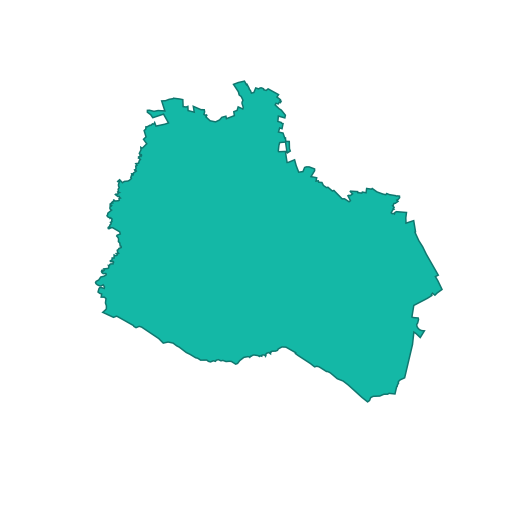 outline of Puerto Escondido, Córdoba, Colombia, rotated 249°
{"feature_id": "7082276B3276683190429", "entity_name": "Puerto Escondido", "entity_type": "district", "adm_level": 2, "iso_a3": "COL", "parent_name": "Colombia", "parent_adm1": "Córdoba", "projection": "mercator", "projection_center": [-76.165, 8.994], "detail": "fine", "context": "isolated", "style": "filled", "palette": "teal", "viewbox_px": 512, "rotation_deg": 249, "n_neighbors": 0, "source": "geoboundaries", "source_scale": "gbopen_adm2", "svg_char_len": 6136}
<svg xmlns="http://www.w3.org/2000/svg" viewBox="0 0 512 512"><g transform="rotate(249 256 256)"><path d="M398.6,334.9L407.7,327.2L406.9,324.8L408.5,322.8L409.4,323.0L411.0,321.4L411.4,320.1L411.1,318.3L413.0,316.0L409.4,312.6L409.7,310.1L412.6,310.1L414.0,309.5L414.9,309.7L419.0,309.2L419.0,308.7L419.8,308.9L419.8,308.4L423.4,307.9L424.3,301.6L424.3,296.5L415.6,298.4L412.4,298.0L410.3,299.3L407.2,299.6L405.9,299.5L404.6,298.1L403.3,297.6L399.4,297.4L398.0,296.3L401.6,292.8L398.7,290.5L398.7,287.0L394.8,286.1L394.8,277.6L397.3,278.0L397.7,273.8L396.1,270.8L395.7,266.3L398.7,261.6L403.8,259.1L405.0,260.5L405.6,260.1L405.2,259.5L406.8,258.1L409.0,259.7L411.1,260.1L412.3,257.1L418.2,251.1L412.4,249.9L416.1,244.7L420.1,246.0L420.1,244.2L421.6,241.5L428.2,243.7L430.0,240.9L432.9,235.5L432.6,235.0L433.4,231.1L433.4,227.1L434.6,223.5L424.1,222.9L426.9,216.7L427.6,212.6L430.3,208.7L430.9,206.8L429.2,206.1L425.7,208.3L422.1,209.2L421.6,220.5L411.6,222.0L411.7,218.3L413.1,209.2L416.9,209.2L416.0,208.2L415.9,207.6L416.5,206.7L415.6,204.7L416.1,204.0L415.6,200.5L416.1,199.6L413.9,198.5L413.2,196.5L406.6,196.0L405.3,192.8L399.9,194.2L397.6,189.0L397.7,188.1L398.7,187.4L396.2,186.6L393.6,183.8L392.8,183.9L391.7,185.3L390.7,185.1L390.3,184.5L391.1,184.4L391.4,183.8L390.3,182.8L390.6,182.0L389.8,181.9L389.6,181.4L387.6,182.7L386.7,181.1L384.7,179.6L385.3,176.9L383.3,177.4L383.1,175.9L380.8,175.4L379.9,174.6L379.9,173.5L379.3,173.6L378.6,174.6L378.2,174.7L377.4,171.4L376.1,170.5L377.0,170.2L377.3,169.3L375.8,169.2L375.6,168.4L374.9,168.1L374.4,167.3L373.1,167.5L372.0,164.9L371.9,163.1L372.8,159.9L372.3,157.6L376.1,156.0L375.2,153.6L374.8,153.8L374.7,155.0L374.3,155.1L371.9,153.1L370.4,152.7L369.0,152.9L367.7,151.2L365.9,150.8L365.5,150.0L364.2,151.1L364.4,149.8L363.7,149.7L363.3,149.1L364.0,147.2L363.8,146.7L361.0,148.4L360.6,149.7L359.9,149.6L358.7,150.2L358.7,148.7L357.1,148.3L356.9,147.5L357.7,144.4L359.2,143.3L359.9,143.5L358.9,143.0L358.2,143.4L358.1,141.4L356.9,141.2L357.5,140.2L356.9,139.8L356.9,138.6L355.9,138.1L354.9,139.4L354.4,138.8L354.6,137.6L353.0,136.7L351.8,136.7L350.6,137.6L349.1,133.1L347.9,132.4L347.0,131.3L345.6,131.7L344.1,133.1L343.4,133.2L343.8,134.0L342.0,134.9L341.2,134.1L339.8,133.8L339.6,132.2L338.7,132.5L337.9,132.2L337.5,131.0L336.4,130.0L335.5,129.9L335.9,128.8L335.6,128.2L334.6,127.9L334.1,128.5L334.3,130.8L333.8,132.3L327.4,137.4L325.2,137.2L325.2,133.9L324.6,133.1L322.4,133.9L320.9,133.7L318.7,132.7L317.1,133.5L314.0,132.8L313.7,133.4L312.7,133.5L312.2,133.2L312.2,130.8L311.3,129.6L311.1,128.5L309.2,128.2L307.8,128.6L308.3,126.6L307.2,127.2L306.6,126.7L306.5,125.2L307.8,123.9L305.0,122.8L305.7,121.0L303.9,120.1L303.7,118.2L303.1,118.1L302.7,118.5L302.0,120.8L301.3,120.9L300.8,120.1L299.9,119.8L300.7,117.4L300.4,116.4L299.6,115.8L300.1,114.8L299.2,114.8L297.7,114.2L297.5,113.2L298.5,109.2L297.1,109.2L296.5,107.4L297.9,107.4L297.9,107.0L297.0,106.2L295.7,106.2L294.3,107.0L293.5,109.5L292.7,109.7L292.0,109.2L291.6,106.8L292.0,103.5L290.0,100.6L289.6,97.7L288.8,96.7L287.6,96.7L285.9,97.6L284.1,99.4L283.6,100.5L283.9,103.0L281.4,103.5L280.1,102.7L282.0,100.2L282.4,98.7L281.9,97.8L279.0,95.6L277.2,96.7L275.8,98.3L273.1,96.7L271.9,99.7L270.0,100.7L266.1,98.6L263.1,98.5L260.6,97.5L259.9,96.8L258.3,92.7L249.8,101.0L249.8,104.2L249.2,104.9L235.1,116.6L234.0,116.8L232.1,118.3L232.2,121.7L230.7,123.7L213.8,135.6L207.9,138.2L207.2,143.1L204.4,147.4L200.5,149.8L198.4,151.7L190.9,156.3L187.9,159.1L182.6,163.2L181.5,164.9L178.6,167.0L176.5,172.7L174.7,173.8L173.4,175.6L173.5,178.6L172.2,180.4L173.0,181.6L172.7,183.8L170.7,185.7L170.4,187.7L168.2,190.2L167.3,193.3L166.4,195.2L162.3,198.3L162.3,200.3L164.2,203.4L165.7,208.4L165.0,212.3L164.2,213.7L163.6,213.9L164.4,215.1L164.1,215.8L164.5,216.9L164.4,218.5L162.3,222.2L161.0,223.2L161.4,223.9L160.4,225.4L161.2,225.6L161.2,226.9L160.7,228.1L159.6,229.1L159.1,229.0L159.4,229.5L160.8,230.0L161.4,231.3L161.3,233.3L159.5,234.5L161.2,235.2L160.9,235.8L161.4,236.7L160.2,240.2L160.2,242.2L161.3,243.6L161.8,247.6L160.2,251.3L151.5,258.4L150.9,257.8L148.2,259.5L136.2,268.2L131.5,271.0L131.3,273.2L130.0,275.1L122.9,280.4L122.3,281.7L120.3,283.5L112.3,287.9L108.1,292.5L102.5,295.9L85.9,304.3L79.8,307.9L80.4,310.2L82.7,312.3L83.0,315.1L80.9,321.4L81.1,325.9L79.8,329.4L80.1,331.0L77.4,336.3L83.6,340.5L83.6,341.0L85.0,341.9L86.3,343.6L87.2,343.5L87.7,343.9L88.7,346.2L89.0,351.1L117.3,370.4L128.4,376.1L126.1,377.7L121.0,380.1L125.8,386.4L127.0,383.9L128.6,382.3L130.4,381.4L132.7,381.0L134.5,381.5L135.5,382.9L138.5,385.0L140.0,385.2L142.1,380.9L143.2,379.7L153.3,385.6L155.1,401.0L156.1,406.0L156.9,405.8L158.0,407.4L155.3,409.0L156.6,412.0L158.1,417.7L167.6,416.9L172.5,416.1L172.8,419.3L196.8,415.6L204.9,414.9L211.9,413.5L221.3,412.9L221.4,413.6L232.5,415.9L232.9,407.8L237.9,409.5L242.7,412.1L247.1,402.9L246.8,401.2L245.6,400.3L246.5,399.6L246.7,398.3L247.9,397.7L250.0,400.1L250.2,401.6L251.1,401.1L251.9,402.4L254.0,401.6L254.1,402.3L255.6,403.5L255.3,405.0L256.1,408.2L257.7,407.5L257.9,409.0L259.0,411.0L260.5,411.4L261.5,409.4L261.6,408.5L262.3,408.0L265.5,402.5L267.5,400.4L266.7,399.1L268.4,396.6L272.5,391.9L277.4,388.7L277.0,387.8L279.4,383.5L275.6,381.4L277.6,378.2L276.8,377.3L278.7,373.7L279.7,374.0L282.7,367.5L282.4,367.1L279.4,368.4L278.6,365.6L279.4,364.5L279.3,363.4L273.8,364.0L273.3,362.3L277.7,359.1L278.5,356.9L289.3,352.2L289.3,350.6L294.4,347.8L294.6,346.3L297.7,344.2L301.0,343.9L302.4,341.0L303.9,341.1L304.4,338.9L307.3,340.7L310.4,335.8L314.6,341.3L316.3,341.9L320.2,337.5L321.2,334.8L321.2,333.1L318.0,330.1L318.9,325.9L326.0,325.9L332.0,326.5L331.8,319.9L332.2,318.5L343.1,320.9L345.1,314.9L345.4,314.4L346.2,314.5L351.2,317.1L353.4,318.8L351.8,324.4L341.6,322.1L341.0,322.2L341.7,325.6L344.2,325.7L351.0,328.1L352.4,324.9L355.6,325.8L355.6,325.1L361.1,325.3L363.7,321.4L367.1,324.0L365.5,325.9L369.9,328.7L370.8,327.4L371.6,327.4L373.8,324.6L378.6,327.0L374.6,332.4L376.9,333.9L383.2,331.9L385.1,330.4L390.2,328.0L391.4,329.4L390.0,331.3L391.2,332.7L390.4,333.7L391.5,335.0L392.5,334.1L393.2,334.8L396.9,332.5L398.6,334.9Z" fill="#14b8a6" stroke="#0f766e" stroke-width="1.5"/></g></svg>